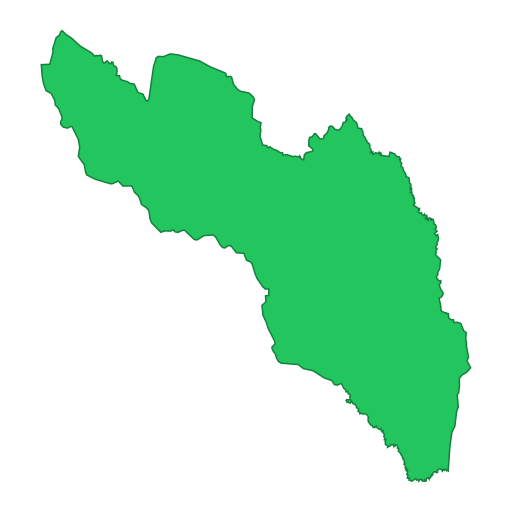 outline of Mae Poen, Nakhon Sawan, Thailand
{"feature_id": "78962969B91694017140585", "entity_name": "Mae Poen", "entity_type": "district", "adm_level": 2, "iso_a3": "THA", "parent_name": "Thailand", "parent_adm1": "Nakhon Sawan", "projection": "equal_earth", "projection_center": [99.442, 15.681], "detail": "fine", "context": "isolated", "style": "filled", "palette": "green", "viewbox_px": 512, "rotation_deg": 0, "n_neighbors": 0, "source": "geoboundaries", "source_scale": "gbopen_adm2", "svg_char_len": 6030}
<svg xmlns="http://www.w3.org/2000/svg" viewBox="0 0 512 512"><path d="M400.7,159.1L399.6,159.1L399.8,157.7L399.0,156.7L396.4,156.4L394.8,154.0L390.1,152.1L388.9,156.5L380.5,155.2L380.1,154.3L381.1,154.1L381.2,153.4L379.2,152.1L378.2,153.6L375.8,152.7L373.0,154.4L372.9,152.0L371.3,152.8L370.5,152.0L371.5,151.0L369.5,146.8L369.9,145.2L369.2,143.4L367.3,142.5L366.7,141.4L366.9,140.6L366.0,140.0L365.2,137.6L363.4,135.5L362.6,130.8L361.7,130.1L361.7,128.6L358.1,128.2L356.6,122.7L352.9,119.6L351.7,117.0L350.3,116.1L349.2,114.1L346.5,116.5L345.9,118.8L346.9,119.2L347.0,120.0L345.9,120.6L345.6,122.1L343.3,122.4L342.0,126.7L338.8,130.4L334.7,129.2L332.6,126.4L330.4,126.0L328.8,127.3L328.7,129.3L327.2,132.8L323.9,135.9L324.1,136.8L323.0,138.8L319.9,138.9L315.5,133.6L314.4,133.7L312.3,136.8L309.7,137.4L308.9,140.1L308.8,145.9L312.9,149.2L313.1,150.1L312.1,151.4L306.5,152.6L304.9,154.1L304.3,154.9L303.7,159.9L301.1,158.7L299.7,155.8L299.0,156.9L294.5,156.1L293.1,156.7L286.9,154.6L283.4,155.1L282.4,152.7L281.4,153.0L278.1,151.5L277.8,150.8L273.0,149.0L270.3,147.0L269.2,146.9L268.4,147.9L267.1,146.8L266.9,145.6L262.7,145.1L260.0,136.4L260.8,130.6L260.3,126.9L261.0,122.7L258.0,121.6L252.2,117.9L252.3,106.8L254.5,99.8L253.4,97.2L250.0,93.8L248.4,92.8L240.8,91.4L237.8,89.6L233.5,84.3L231.6,77.2L230.3,76.4L226.5,76.7L226.0,73.9L225.2,73.0L210.0,66.7L199.7,61.0L177.9,54.8L170.2,53.9L163.7,56.6L158.1,56.4L156.3,57.8L153.5,66.8L149.1,97.6L148.1,100.6L146.8,100.9L146.0,100.4L142.9,94.1L138.5,92.7L137.5,91.5L134.3,84.2L129.8,83.3L127.5,81.7L121.7,80.0L120.2,78.6L119.5,75.7L116.1,75.3L117.1,71.7L116.7,67.9L115.9,66.6L113.8,65.8L112.8,62.1L111.6,61.9L111.1,63.5L110.2,64.0L107.1,60.9L104.3,63.0L103.6,62.9L102.6,61.5L101.5,55.8L100.0,55.1L98.7,55.9L96.7,55.5L94.3,56.1L91.9,53.1L80.4,46.2L71.4,38.0L66.0,34.5L62.2,30.7L60.7,31.8L59.6,35.0L56.2,37.6L52.8,48.5L53.0,52.2L49.7,64.3L41.3,64.6L42.2,76.7L43.7,84.3L46.2,90.8L51.2,93.4L54.9,100.7L55.3,105.0L58.7,108.6L62.1,117.2L61.9,119.4L60.7,121.8L60.8,124.4L63.3,127.1L66.2,127.8L67.7,128.1L70.6,126.4L72.2,126.9L78.5,139.8L79.7,147.2L78.3,156.4L84.3,164.8L85.6,172.2L86.7,174.9L95.4,179.3L110.5,183.8L112.4,183.7L118.3,181.1L123.0,186.1L130.6,185.9L132.2,186.6L134.5,192.3L138.1,195.6L139.5,198.2L141.5,204.4L147.2,208.4L149.0,211.2L150.0,218.8L151.5,222.7L160.8,232.3L165.0,230.9L170.4,231.1L173.2,229.9L175.0,231.8L178.0,232.4L182.8,230.2L184.6,230.3L193.8,239.1L195.7,239.9L197.3,239.8L204.1,235.6L212.9,234.9L215.5,236.7L220.3,245.0L222.7,247.6L224.9,248.0L228.0,245.7L229.9,245.7L231.5,246.4L236.4,252.8L243.9,253.3L246.5,260.2L250.6,262.0L252.1,264.0L255.4,274.6L257.3,278.8L262.8,286.8L265.3,289.1L268.8,288.9L268.7,295.5L265.5,295.9L265.9,301.8L261.9,305.5L263.0,315.3L266.4,322.6L268.3,328.7L274.9,341.7L275.0,344.1L272.0,347.0L271.9,348.1L273.6,352.0L275.1,353.4L276.6,358.1L278.4,361.4L281.3,363.2L298.2,364.5L303.2,368.5L313.2,370.8L324.4,378.0L331.9,380.6L334.4,384.6L337.4,385.1L340.4,383.7L341.7,384.1L343.9,388.4L345.8,390.1L346.1,391.9L347.7,391.3L348.2,393.9L349.9,394.4L350.4,395.6L349.7,396.8L350.4,399.8L346.6,399.7L346.2,400.3L346.7,402.0L350.3,403.1L351.6,401.1L353.1,403.8L355.1,404.3L356.5,406.4L356.5,407.6L358.7,409.3L358.0,411.3L359.6,412.2L359.9,413.8L361.3,413.1L362.7,414.2L365.4,413.6L367.3,415.3L368.6,417.4L368.0,418.3L368.3,421.7L370.8,425.1L372.3,425.6L372.8,427.1L373.6,427.6L374.4,426.8L375.0,427.4L376.2,426.0L376.8,427.5L379.4,429.4L380.9,428.5L381.0,430.3L382.2,431.8L383.1,431.0L382.9,432.3L384.4,434.6L383.8,436.5L384.9,438.2L384.3,439.7L385.8,439.8L385.2,440.9L385.4,444.4L387.8,446.1L387.6,447.3L390.6,445.6L390.8,444.5L393.2,444.9L393.8,446.2L394.1,444.8L394.9,446.1L395.9,444.8L397.5,445.8L397.4,448.2L398.7,448.5L398.4,451.4L400.7,453.3L401.1,454.9L402.5,456.5L402.4,458.0L403.4,458.9L403.4,459.8L404.2,460.0L404.3,462.4L405.0,462.9L403.9,464.2L404.8,464.8L405.8,467.4L405.2,467.8L406.1,468.5L405.6,469.6L407.1,469.5L406.6,470.9L407.6,470.9L407.4,473.0L406.7,474.2L407.9,475.3L407.4,478.2L409.7,478.2L408.9,480.0L411.8,481.2L415.8,478.5L416.5,480.1L418.1,479.7L418.8,481.2L419.5,479.7L421.0,479.3L421.8,480.4L422.4,479.8L422.8,481.1L424.9,481.3L425.0,480.2L425.6,481.1L426.2,480.8L426.4,478.4L428.0,477.6L429.1,479.0L429.1,477.8L430.0,478.1L431.0,476.9L431.1,475.2L432.5,475.4L432.5,474.2L434.0,471.8L435.5,471.8L436.3,472.7L437.6,472.3L437.1,470.7L439.3,468.9L441.1,469.2L442.4,471.1L442.9,469.5L444.3,470.4L445.1,469.2L446.0,469.4L446.6,470.8L447.4,470.3L448.2,470.9L449.7,449.2L451.0,438.4L452.0,432.1L454.8,426.4L456.7,411.2L458.3,407.0L457.2,394.6L458.6,393.0L459.4,386.7L459.4,378.2L461.9,375.1L466.6,372.3L470.7,367.8L466.9,360.6L468.5,357.4L466.2,344.5L466.6,344.3L466.3,341.3L465.7,340.2L466.2,332.6L463.7,330.8L460.8,323.4L457.2,322.3L453.9,322.5L453.5,319.7L451.7,319.9L449.2,318.5L448.6,316.9L448.5,313.7L447.2,313.8L446.5,312.8L444.9,312.8L441.4,311.1L440.9,309.5L440.8,306.2L439.1,298.4L441.7,296.7L443.1,294.3L442.9,292.2L440.9,289.7L439.5,285.9L439.6,283.8L440.8,283.0L440.7,280.6L438.9,280.7L436.4,277.8L436.6,276.3L437.8,274.7L437.8,272.5L439.6,268.9L440.6,260.3L440.3,259.4L435.7,255.1L435.6,253.6L436.3,252.5L435.6,251.3L437.1,248.9L435.7,247.8L435.8,246.4L437.3,244.3L437.0,242.2L438.0,241.0L438.5,238.5L437.7,234.6L436.0,235.7L434.7,233.3L437.1,231.2L435.0,229.2L436.3,227.7L435.8,225.1L434.2,224.0L433.3,219.6L431.7,218.9L431.8,220.0L431.1,220.3L430.8,218.6L429.5,217.8L428.5,218.7L428.2,220.5L427.7,220.4L427.6,218.6L425.4,218.9L425.5,218.0L427.1,217.2L426.7,215.4L425.3,215.9L424.5,214.1L423.6,215.6L422.3,214.7L421.3,212.6L419.9,213.4L418.4,211.6L418.4,210.1L419.4,210.3L419.6,208.5L418.8,208.7L413.2,204.9L415.0,203.1L414.1,200.9L414.4,198.2L413.4,198.0L413.8,197.2L412.6,196.3L413.4,195.5L411.6,193.7L411.8,192.7L410.6,192.5L411.7,191.5L411.2,190.6L411.6,189.2L410.4,189.3L411.3,187.9L410.1,187.5L411.0,185.9L410.8,184.0L409.6,183.3L409.0,177.7L406.2,176.7L405.5,173.5L403.5,170.7L402.8,167.6L400.9,166.1L401.8,163.2L400.1,161.7L400.7,159.1Z" fill="#22c55e" stroke="#15803d" stroke-width="1.5"/></svg>